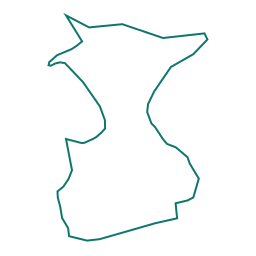 Trbovlje, Robinson projection
{"feature_id": "SVN-952", "entity_name": "Trbovlje", "entity_type": "Statistical Region", "adm_level": 1, "iso_a3": "SVN", "parent_name": "Slovenia", "parent_adm1": "", "projection": "robinson", "projection_center": [15.039, 46.126], "detail": "fine", "context": "isolated", "style": "outline", "palette": "teal", "viewbox_px": 256, "rotation_deg": 0, "n_neighbors": 0, "source": "natural_earth", "source_scale": "10m", "svg_char_len": 760}
<svg xmlns="http://www.w3.org/2000/svg" viewBox="0 0 256 256"><path d="M198.8,178.6L193.3,197.5L187.7,200.4L175.6,203.3L177.1,218.3L155.3,223.2L99.5,239.2L87.1,240.6L69.1,236.2L68.1,228.1L62.1,218.0L60.2,206.6L57.8,197.6L57.5,191.4L63.3,186.7L68.5,179.0L72.0,170.2L66.0,139.0L80.7,142.8L82.5,143.0L84.4,142.8L93.5,138.7L96.6,136.8L101.8,132.2L105.1,128.5L104.9,120.1L99.9,106.4L82.9,82.0L65.0,63.2L60.2,62.3L55.2,63.5L50.9,65.7L48.6,65.2L49.2,62.2L57.1,55.2L71.6,49.1L76.5,45.9L82.1,41.4L66.0,15.4L89.1,27.4L122.3,24.2L163.0,38.0L204.5,33.4L207.4,39.5L193.3,54.2L170.9,67.0L154.1,91.6L148.0,104.2L147.2,112.1L151.4,123.4L155.0,127.0L162.8,138.9L167.0,143.9L175.9,147.4L187.5,157.2L189.7,163.5L198.8,178.6Z" fill="none" stroke="#0f766e" stroke-width="2"/></svg>